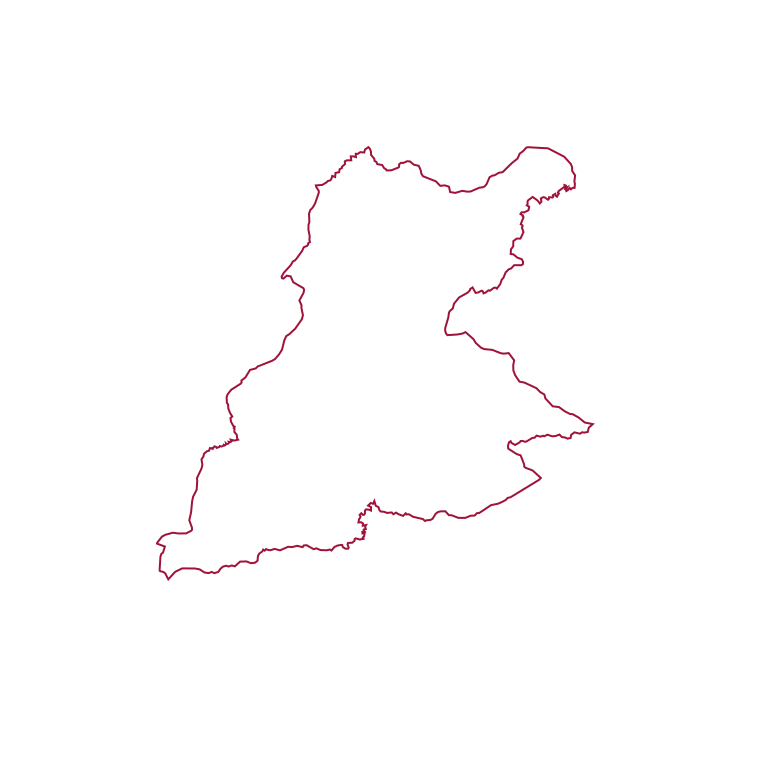 outline of Villa Caro, Norte de Santander, Colombia, rotated 42°
{"feature_id": "7082276B29990655239758", "entity_name": "Villa Caro", "entity_type": "district", "adm_level": 2, "iso_a3": "COL", "parent_name": "Colombia", "parent_adm1": "Norte de Santander", "projection": "orthographic", "projection_center": [-72.976, 7.933], "detail": "fine", "context": "isolated", "style": "outline", "palette": "rose", "viewbox_px": 768, "rotation_deg": 42, "n_neighbors": 0, "source": "geoboundaries", "source_scale": "gbopen_adm2", "svg_char_len": 6160}
<svg xmlns="http://www.w3.org/2000/svg" viewBox="0 0 768 768"><g transform="rotate(42 384 384)"><path d="M274.7,496.4L275.8,499.0L279.9,503.2L281.8,503.5L284.7,506.4L288.9,508.5L293.0,509.7L292.7,512.1L295.6,514.4L300.0,516.0L301.7,515.7L301.8,517.3L303.0,517.4L304.9,519.8L308.4,520.2L311.4,522.8L312.8,523.0L310.7,526.1L307.4,527.9L309.1,528.6L308.8,529.7L307.3,530.8L308.1,531.1L308.2,532.3L307.4,533.9L306.5,533.9L307.1,534.3L306.8,536.3L305.6,536.4L305.8,537.7L305.0,539.3L303.5,540.0L303.7,540.9L302.5,543.4L301.3,543.1L299.7,543.8L299.9,545.6L299.3,546.3L299.9,546.9L297.5,548.1L298.6,550.6L297.4,552.6L296.9,556.2L298.3,558.7L298.8,562.1L303.2,565.7L304.9,568.8L308.0,579.2L309.8,580.7L315.5,587.9L317.6,595.6L320.0,599.7L326.6,608.6L330.4,615.5L337.3,619.2L338.9,620.8L338.9,622.2L336.9,627.4L331.3,632.6L326.6,635.8L322.4,642.4L321.1,646.0L321.7,654.0L322.2,654.5L329.9,651.4L332.6,657.2L332.2,659.2L333.4,661.9L341.8,672.5L342.9,672.9L345.6,671.4L348.0,671.1L354.4,673.5L354.5,663.3L357.4,656.1L366.7,647.8L371.0,645.1L376.7,644.2L380.2,641.9L381.7,639.0L384.6,638.0L386.6,634.5L386.1,630.8L386.5,627.5L388.4,624.6L390.6,623.7L392.3,620.7L395.2,619.3L395.9,612.3L400.5,607.9L405.0,606.2L407.7,603.2L408.3,600.0L405.4,596.1L404.8,593.4L405.6,589.9L405.0,587.9L406.8,587.7L406.9,585.5L409.0,584.9L410.9,583.4L413.0,579.8L418.0,577.2L421.7,569.1L424.9,566.6L427.7,562.4L432.7,559.7L432.4,557.7L434.3,555.6L442.3,553.8L443.7,551.4L447.9,549.9L452.7,545.9L454.5,543.3L456.4,542.9L456.2,538.4L457.4,535.4L460.0,532.0L460.8,531.6L462.3,532.7L465.4,532.3L467.6,530.3L467.1,529.1L464.2,527.6L463.6,526.2L466.6,523.2L467.0,520.1L465.9,518.9L466.3,517.6L470.0,515.8L472.4,512.7L470.9,512.1L471.2,510.6L469.4,507.8L468.0,509.5L466.9,508.5L468.5,506.6L466.5,506.2L466.4,505.4L467.5,503.9L465.4,502.7L465.0,500.8L463.0,503.5L461.7,501.7L459.4,502.1L457.7,504.0L456.0,501.4L455.5,498.4L453.5,497.6L453.6,495.2L455.8,495.4L456.6,494.8L456.6,493.2L454.5,490.7L454.6,489.1L457.4,487.2L459.0,486.8L456.7,484.1L453.5,485.0L453.8,481.2L456.0,480.4L455.1,477.4L459.3,480.0L462.3,479.2L464.8,480.7L466.8,481.0L469.6,478.9L472.5,477.8L475.7,474.3L478.1,474.5L479.0,471.5L481.8,471.1L486.5,469.2L486.6,465.6L488.0,465.9L489.6,464.2L494.5,463.2L503.2,458.4L506.3,458.3L506.7,456.9L509.4,454.1L510.3,451.7L509.2,445.8L509.8,443.0L511.4,440.6L514.9,437.5L520.0,438.1L521.9,436.4L528.9,433.7L534.0,429.1L536.6,423.8L539.4,421.1L539.5,417.8L541.1,416.1L544.6,402.4L548.9,396.6L550.8,392.3L552.1,388.6L552.1,385.9L553.8,383.5L563.4,351.3L563.4,348.9L552.3,348.8L545.4,351.5L543.6,351.6L541.8,349.9L533.3,345.6L529.5,347.3L519.6,348.9L517.6,347.1L515.9,343.8L516.4,341.8L518.0,342.5L522.2,341.6L523.9,336.6L523.7,334.9L525.0,333.6L527.5,332.6L528.3,331.4L530.4,324.7L531.9,323.1L531.9,320.3L535.7,318.3L536.7,316.1L538.0,315.7L539.4,312.3L544.1,310.3L546.4,307.7L548.2,304.2L551.7,304.4L554.5,302.5L556.9,301.8L558.8,299.3L557.1,296.6L557.9,292.5L562.9,289.8L563.5,287.3L565.2,286.3L567.5,283.3L565.4,279.4L566.0,274.1L558.9,278.3L551.0,278.7L544.4,280.2L542.3,281.8L536.7,283.3L529.4,284.1L524.3,287.7L513.5,286.7L510.2,284.5L505.3,285.5L500.1,285.1L487.4,289.0L483.1,291.6L475.6,289.7L471.1,287.4L467.4,283.5L464.9,279.3L456.0,277.6L452.8,281.2L450.2,283.0L441.6,286.2L435.1,291.0L431.9,292.1L424.7,292.1L420.5,290.8L409.8,290.9L408.7,293.8L405.5,298.0L398.4,305.3L396.4,305.0L393.8,303.5L392.1,301.5L387.2,291.4L384.6,287.6L384.1,285.9L384.6,281.9L382.3,277.5L381.9,269.4L385.0,260.2L385.2,256.9L384.5,255.9L385.2,253.0L391.1,255.0L392.8,252.9L394.1,249.3L395.4,249.0L397.3,250.0L398.3,248.2L399.0,244.4L400.3,243.8L401.3,238.9L402.5,237.7L404.1,237.6L403.5,231.9L401.7,227.7L401.7,225.2L399.7,219.6L400.0,215.2L401.2,213.0L401.2,208.7L406.6,203.8L407.0,201.8L405.4,200.0L402.8,199.1L398.5,200.9L393.6,201.0L391.2,202.6L388.2,199.0L387.9,195.2L384.5,191.3L385.3,187.2L388.1,184.6L386.0,177.8L381.7,175.4L381.7,174.4L380.8,173.5L378.7,173.8L376.1,166.7L374.8,166.6L374.4,165.8L371.7,166.4L371.5,165.9L371.4,164.3L373.4,162.6L375.1,158.2L373.3,155.1L370.6,155.7L370.4,154.3L368.5,152.3L368.2,151.0L369.3,145.5L375.2,144.9L379.0,145.6L379.0,143.2L376.4,141.1L377.4,138.5L378.6,137.8L382.6,137.3L382.7,136.2L381.7,134.7L384.5,132.6L384.4,131.3L383.2,130.8L384.0,128.1L385.8,129.1L387.2,129.1L386.5,125.4L385.2,125.5L384.7,123.8L386.0,117.3L385.9,116.1L385.0,115.4L386.4,114.8L387.8,117.4L388.5,115.3L389.0,117.7L390.4,118.6L390.9,117.0L390.7,114.0L392.6,114.3L393.0,111.9L394.4,110.7L391.9,107.5L389.9,106.0L386.4,101.1L381.2,99.7L378.6,96.9L375.5,95.5L365.8,94.5L348.2,99.1L332.3,111.9L331.6,113.3L331.5,118.2L330.7,122.0L332.4,127.1L331.2,134.3L330.4,147.2L328.0,150.2L326.5,155.0L325.2,156.4L324.1,159.7L326.5,166.8L326.6,169.7L325.7,171.8L323.5,174.3L319.5,183.1L317.1,185.4L312.9,188.1L309.1,194.3L304.7,197.1L300.4,194.0L299.7,194.1L296.3,195.7L293.2,199.1L286.9,198.7L274.0,203.5L271.0,202.7L268.3,200.6L263.9,198.6L259.3,201.1L254.4,201.2L252.1,203.0L250.5,206.7L248.7,208.2L248.2,210.5L249.9,212.6L249.8,213.6L246.5,220.2L243.1,223.5L241.8,223.1L239.6,223.5L236.1,222.5L231.9,225.1L229.8,224.1L227.7,224.5L226.1,223.1L221.1,222.4L219.0,220.2L216.4,218.7L213.9,218.4L213.0,222.5L214.4,225.2L211.2,227.6L210.5,230.6L209.0,231.8L211.3,234.2L209.1,235.2L207.0,237.1L210.0,239.7L206.7,242.7L205.9,244.7L207.9,246.8L207.4,250.5L208.2,251.9L207.3,254.0L208.9,256.7L206.7,259.6L209.2,262.9L206.3,264.0L207.5,266.3L207.9,268.6L206.4,270.8L206.4,272.5L204.9,277.4L200.5,282.0L202.2,283.1L206.1,284.0L207.5,285.4L212.0,296.0L213.0,300.7L212.8,303.9L214.3,307.6L220.2,313.6L221.3,316.1L224.5,319.8L230.0,324.0L232.1,326.8L234.0,328.1L233.5,330.2L234.4,331.3L234.4,332.8L232.9,336.0L234.1,339.9L235.1,349.2L235.1,351.9L234.3,353.7L235.2,358.4L235.1,368.4L236.1,372.8L237.4,373.6L238.7,373.0L239.3,368.5L242.6,366.5L248.5,369.1L260.1,366.7L261.7,367.6L263.2,370.1L265.2,378.5L270.0,380.7L271.8,382.8L277.7,387.1L279.6,390.7L281.0,402.3L280.3,410.4L279.3,413.7L280.7,418.2L285.2,426.6L286.2,432.2L286.3,438.4L285.4,441.4L278.4,455.5L278.3,458.2L275.0,463.2L276.6,471.9L275.7,476.8L277.1,478.1L277.3,479.6L274.3,490.5L274.7,496.4Z" fill="none" stroke="#9f1239" stroke-width="2"/></g></svg>